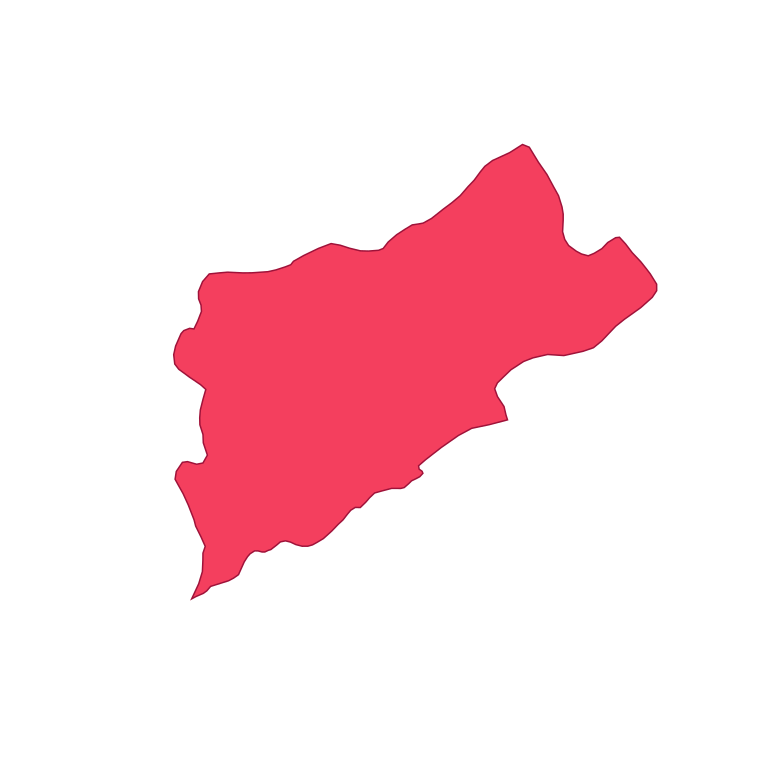 outline of Mongo, Nyanga, Gabon, rotated 295°
{"feature_id": "22940354B34091756215614", "entity_name": "Mongo", "entity_type": "district", "adm_level": 2, "iso_a3": "GAB", "parent_name": "Gabon", "parent_adm1": "Nyanga", "projection": "albers", "projection_center": [11.424, -3.286], "detail": "fine", "context": "isolated", "style": "filled", "palette": "rose", "viewbox_px": 768, "rotation_deg": 295, "n_neighbors": 0, "source": "geoboundaries", "source_scale": "gbopen_adm2", "svg_char_len": 2331}
<svg xmlns="http://www.w3.org/2000/svg" viewBox="0 0 768 768"><g transform="rotate(295 384 384)"><path d="M403.7,511.1L407.4,507.7L414.3,502.3L420.5,492.2L426.5,486.3L432.9,486.3L440.4,489.1L450.5,493.0L463.4,501.0L470.6,507.9L479.9,519.8L485.8,535.0L497.7,550.5L505.4,558.5L515.2,563.2L524.5,566.3L534.3,569.6L544.2,574.5L561.7,584.4L575.9,590.5L583.8,591.7L589.7,588.9L596.3,578.8L599.5,572.7L603.3,565.1L607.9,553.5L613.0,543.8L616.5,535.4L614.5,532.1L606.8,527.0L598.8,524.3L591.2,519.2L586.5,514.9L585.3,508.1L585.6,502.3L587.5,492.8L591.4,486.7L597.5,481.5L608.3,477.1L613.7,474.6L619.7,470.5L628.4,462.6L634.2,454.6L642.7,443.2L650.2,430.3L660.0,415.6L659.6,408.3L646.8,400.1L632.4,387.9L623.9,383.4L617.2,381.7L606.8,379.6L598.5,376.8L586.9,373.5L576.8,368.8L567.5,363.8L554.1,357.1L546.4,351.5L543.8,347.9L540.1,342.3L533.4,337.8L524.7,332.4L514.5,327.8L506.5,326.0L502.9,322.6L497.9,313.7L494.7,306.3L492.5,295.4L491.3,285.7L488.9,276.7L479.2,267.3L466.5,256.9L457.0,250.1L452.7,249.1L448.5,245.1L441.7,237.8L436.7,231.3L428.9,217.2L425.1,209.3L419.2,194.9L414.7,187.1L409.9,179.1L400.2,176.3L389.3,176.8L382.8,180.0L378.2,184.8L372.6,187.9L362.2,188.6L353.6,188.5L352.3,184.3L347.8,180.0L344.0,178.8L342.5,178.8L330.3,179.1L321.7,181.0L313.7,185.9L310.6,191.8L308.0,204.8L305.9,217.9L303.8,224.8L293.8,226.4L282.9,228.5L275.4,231.3L269.2,234.4L261.7,241.3L254.3,245.1L244.9,254.0L235.9,253.3L232.1,248.1L230.6,238.7L227.8,234.4L217.0,232.7L209.4,234.9L205.6,240.1L199.7,248.3L191.6,257.8L180.7,269.2L175.6,273.4L168.0,282.9L161.3,290.6L154.2,291.4L147.6,294.4L137.2,298.7L124.7,300.5L108.0,300.5L111.9,303.4L118.0,308.8L121.6,310.8L127.3,312.4L140.0,326.3L144.5,329.7L149.7,332.7L163.7,332.5L169.8,333.3L173.6,334.4L178.1,337.3L179.5,340.4L180.2,344.4L181.4,347.0L184.3,349.4L186.1,351.4L192.7,354.8L197.1,356.8L200.2,361.0L201.2,366.0L201.2,372.0L202.4,378.4L204.8,383.5L208.0,387.2L212.1,390.2L218.3,394.4L228.7,398.8L237.5,401.8L243.6,404.3L250.3,405.8L255.5,407.2L260.0,410.1L262.0,414.7L269.4,417.5L274.8,419.0L281.2,421.5L286.2,427.3L292.6,435.0L294.7,439.5L296.4,443.3L298.7,446.1L304.1,448.5L307.9,449.9L311.8,453.1L315.1,455.6L319.5,457.0L321.0,455.4L321.7,451.8L324.5,449.9L333.0,453.7L350.6,462.7L368.8,473.2L380.9,482.2L391.5,496.4L403.7,511.1Z" fill="#f43f5e" stroke="#9f1239" stroke-width="1.5"/></g></svg>